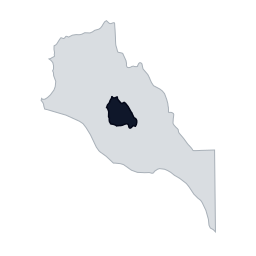 Tadla - Azilal on a map of Morocco (orthographic projection), rotated 267°
{"feature_id": "MAR-1453", "entity_name": "Tadla - Azilal", "entity_type": "Region", "adm_level": 1, "iso_a3": "MAR", "parent_name": "Morocco", "parent_adm1": "", "projection": "orthographic", "projection_center": [-6.449, 32.083], "detail": "fine", "context": "in_parent", "style": "filled", "palette": "ink", "viewbox_px": 256, "rotation_deg": 267, "n_neighbors": 0, "source": "natural_earth", "source_scale": "10m", "svg_char_len": 3322}
<svg xmlns="http://www.w3.org/2000/svg" viewBox="0 0 256 256"><g transform="rotate(267 128 128)"><path d="M22.0,207.9L23.8,205.0L26.7,203.8L32.7,203.5L41.6,201.5L49.6,198.2L51.9,196.8L54.4,194.0L58.5,190.3L66.0,185.9L69.5,183.4L74.9,177.1L78.4,171.8L81.4,168.5L83.4,165.4L84.9,162.4L85.8,157.4L85.3,155.4L83.3,152.1L81.9,151.2L81.5,149.7L82.4,147.0L82.5,142.4L83.2,135.1L85.7,129.2L91.7,121.6L92.8,118.5L93.6,113.4L93.7,111.6L101.0,104.6L105.3,99.2L106.7,97.8L110.5,95.4L123.3,90.1L130.5,86.2L134.7,83.3L137.2,80.0L144.1,66.7L150.7,47.9L151.3,45.8L154.2,45.1L156.3,44.9L158.0,44.2L160.1,42.7L162.1,43.3L161.1,44.2L161.1,46.5L162.6,49.2L165.1,52.2L169.7,56.0L173.2,57.5L178.3,58.3L184.1,56.5L187.4,56.4L189.0,55.7L190.8,56.7L194.1,56.9L197.3,56.3L199.6,54.6L201.1,52.7L201.3,53.6L201.5,54.6L201.9,55.1L203.0,57.5L203.5,58.4L205.3,58.2L207.0,58.6L210.5,58.2L214.0,58.5L214.6,60.0L215.6,61.2L219.3,63.8L221.5,65.5L221.6,66.0L221.0,67.5L220.7,68.5L221.3,69.5L222.7,70.7L222.8,71.3L222.6,72.0L221.9,73.4L223.6,77.3L224.0,81.1L223.7,83.9L223.8,85.4L224.1,86.8L225.4,89.8L224.9,95.0L225.9,97.7L227.3,99.9L228.2,104.0L229.3,105.8L231.1,107.4L232.1,108.0L234.0,109.3L235.4,110.4L236.3,112.1L234.7,113.6L233.4,114.9L233.1,116.3L233.8,118.5L233.9,119.7L233.1,120.1L229.5,120.1L226.8,120.2L223.6,120.2L219.1,120.2L216.3,120.1L212.5,120.1L211.2,120.2L207.8,121.0L205.3,121.5L204.9,121.6L204.1,122.2L203.7,123.9L203.2,125.7L202.8,126.6L195.4,129.5L192.5,129.9L190.8,129.7L189.7,129.9L188.6,130.5L188.3,131.4L188.3,132.5L188.5,133.6L189.3,135.2L189.5,136.7L189.0,137.8L188.9,138.9L188.8,140.1L189.1,140.8L189.9,140.9L190.6,141.4L191.6,141.9L192.5,142.8L192.5,144.1L191.8,144.9L191.2,145.3L188.4,145.7L186.2,146.1L183.3,148.3L180.3,150.6L176.6,152.2L175.0,152.7L172.2,153.8L168.9,155.7L167.2,158.6L165.2,161.9L163.2,164.2L160.4,166.3L157.8,167.1L154.6,168.1L150.4,169.0L147.5,169.2L146.7,169.4L144.1,169.4L142.8,169.3L141.9,169.2L141.5,169.4L141.4,170.0L141.4,171.1L141.2,172.5L140.4,173.7L139.8,174.2L139.1,174.4L137.0,174.1L135.1,173.7L130.8,173.2L130.0,173.3L129.7,173.4L128.3,174.2L126.2,175.9L124.8,177.3L123.8,178.0L121.3,178.3L120.2,178.8L115.5,182.4L114.4,183.2L109.6,186.3L108.2,187.3L107.1,188.3L104.2,190.6L102.3,191.6L102.0,192.2L101.9,193.6L101.8,196.7L101.8,199.7L101.7,204.1L101.6,208.4L101.5,213.3L19.7,209.9L22.0,207.9Z" fill="#d9dde1" stroke="#a8b0b8" stroke-width="1"/><path d="M149.5,107.7L152.0,108.7L154.2,110.7L156.4,111.6L158.6,113.1L160.1,113.5L160.1,113.8L159.4,114.3L158.9,114.9L158.6,116.0L159.0,116.7L159.1,117.4L159.6,118.6L159.5,118.9L158.1,119.0L157.4,119.2L156.7,119.6L154.8,121.1L153.5,122.0L152.9,122.9L152.8,123.8L153.4,124.4L153.8,125.5L152.8,126.8L149.4,129.2L143.9,131.9L142.8,132.7L141.9,132.9L138.0,134.5L137.2,135.8L136.2,136.7L134.7,137.1L133.0,137.0L131.9,136.7L130.8,136.4L130.2,135.9L129.4,135.5L130.1,133.1L129.6,132.7L128.2,131.2L127.8,130.3L128.0,129.5L128.8,129.0L131.4,128.5L132.1,127.6L132.3,126.5L131.8,124.5L131.1,122.7L130.8,120.9L130.9,119.5L130.8,118.5L130.9,117.7L130.6,116.9L131.6,115.6L132.4,113.7L132.9,111.4L133.2,110.8L133.8,110.7L135.3,109.8L135.7,109.9L136.6,109.7L137.7,109.7L138.0,109.8L138.4,109.8L138.8,109.9L139.1,109.6L139.6,109.5L140.2,109.2L145.2,109.6L146.5,109.3L148.7,108.6L149.2,108.3L149.5,107.7Z" fill="#0f172a" stroke="#020617" stroke-width="1.5"/></g></svg>